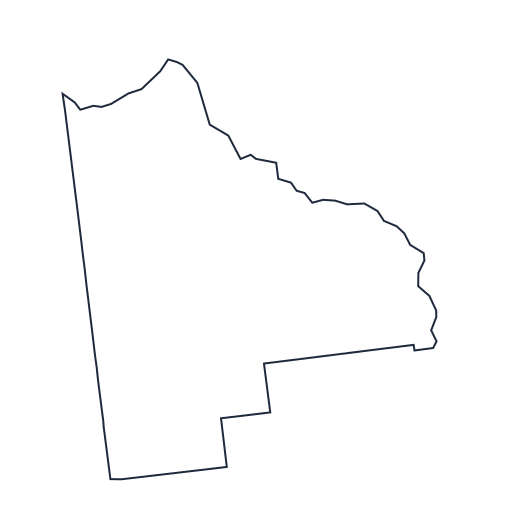 Walla Walla, Washington, United States of America (Mercator projection), rotated 83°
{"feature_id": "52423323B20376291216469", "entity_name": "Walla Walla", "entity_type": "district", "adm_level": 2, "iso_a3": "USA", "parent_name": "United States of America", "parent_adm1": "Washington", "projection": "mercator", "projection_center": [-118.574, 46.303], "detail": "fine", "context": "isolated", "style": "outline", "palette": "slate", "viewbox_px": 512, "rotation_deg": 83, "n_neighbors": 0, "source": "geoboundaries", "source_scale": "gbopen_adm2", "svg_char_len": 1085}
<svg xmlns="http://www.w3.org/2000/svg" viewBox="0 0 512 512"><g transform="rotate(83 256 256)"><path d="M71.5,428.2L89.5,427.8L192.7,427.6L200.2,427.6L207.8,427.6L208.5,427.6L220.6,427.6L231.1,427.7L232.8,427.7L235.3,427.7L247.9,427.6L263.6,427.8L273.9,427.8L300.2,427.8L310.2,427.8L314.3,427.8L335.0,427.9L347.3,427.7L358.0,427.9L359.5,427.9L365.7,427.9L368.7,427.9L401.2,427.7L407.1,428.0L409.0,428.0L459.7,427.7L461.2,417.0L461.8,310.7L412.8,310.5L413.0,260.9L363.7,261.2L363.4,110.4L369.1,110.2L368.9,91.4L362.7,87.2L351.1,91.2L338.6,84.5L332.0,83.8L316.7,88.8L305.7,98.7L292.6,96.9L281.0,89.4L273.6,89.2L263.8,101.6L251.5,106.1L243.6,112.8L236.8,124.7L226.2,129.9L217.1,142.1L215.8,159.3L210.7,170.7L208.4,182.6L210.0,193.6L199.4,200.1L196.2,207.7L187.5,212.3L182.1,224.5L165.9,224.6L159.6,244.2L154.9,248.9L157.8,259.5L133.1,268.8L120.0,285.9L77.1,293.1L57.3,305.6L53.9,310.8L50.2,319.2L60.9,328.5L76.4,349.3L79.1,362.8L87.4,381.3L89.2,391.2L87.1,399.1L89.4,412.6L81.5,417.2L73.3,426.1L72.8,426.7L71.4,428.2L71.5,428.2Z" fill="none" stroke="#1e293b" stroke-width="2"/></g></svg>